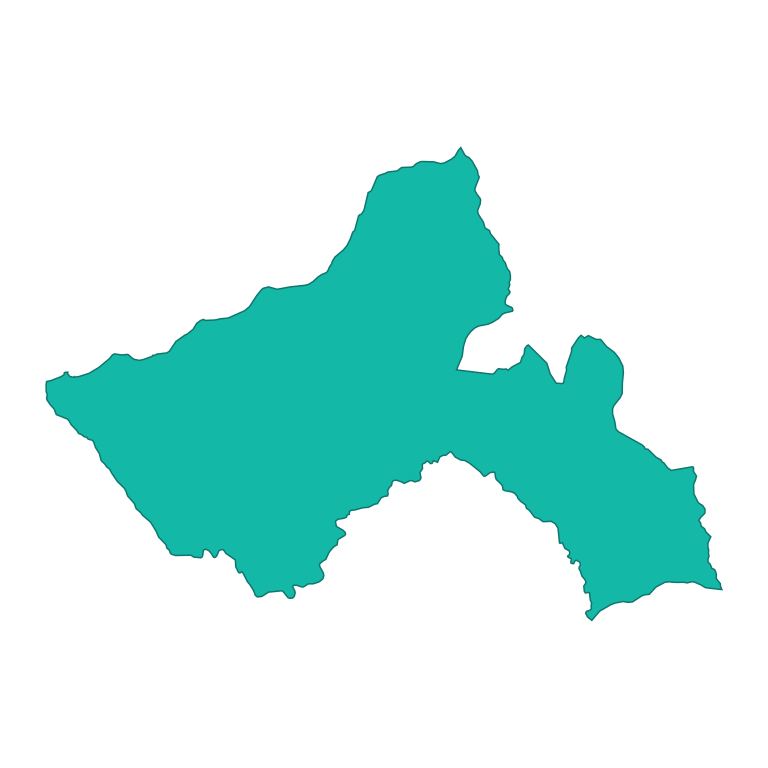 Nitibe, Ambeno, East Timor
{"feature_id": "22284137B96760248350473", "entity_name": "Nitibe", "entity_type": "district", "adm_level": 2, "iso_a3": "TLS", "parent_name": "East Timor", "parent_adm1": "Ambeno", "projection": "albers", "projection_center": [124.176, -9.337], "detail": "fine", "context": "isolated", "style": "filled", "palette": "teal", "viewbox_px": 768, "rotation_deg": 0, "n_neighbors": 0, "source": "geoboundaries", "source_scale": "gbopen_adm2", "svg_char_len": 6094}
<svg xmlns="http://www.w3.org/2000/svg" viewBox="0 0 768 768"><path d="M667.7,468.0L663.8,462.8L662.1,462.0L661.3,460.2L656.2,457.3L647.9,449.2L645.3,449.1L644.3,447.0L642.4,445.1L618.4,431.7L615.9,428.9L614.9,422.0L612.6,413.9L612.6,408.9L613.7,405.9L620.1,397.7L622.2,393.5L622.4,382.8L623.4,372.7L622.8,366.1L618.9,358.2L615.4,353.7L614.1,352.2L606.6,346.6L600.6,339.4L596.0,339.4L588.4,335.6L584.4,338.0L581.1,335.3L578.4,337.9L571.7,348.0L571.5,351.7L566.2,367.4L566.6,370.3L564.4,377.8L563.8,382.0L563.4,383.0L561.8,383.6L556.1,383.1L550.2,373.9L546.8,363.2L528.4,345.0L526.9,345.7L524.7,348.8L524.1,354.4L522.0,357.3L520.5,362.4L512.1,366.9L508.1,370.2L506.3,369.0L503.1,369.3L498.7,368.7L497.5,369.3L494.1,373.4L492.3,374.2L456.5,369.9L462.2,356.2L463.5,346.3L465.7,338.9L468.3,334.6L470.9,331.4L474.7,328.0L478.7,326.0L488.1,324.2L492.6,322.2L498.7,318.4L502.2,314.3L505.1,312.9L512.4,311.2L512.9,310.3L512.4,308.2L511.7,307.4L506.9,305.4L505.3,303.8L505.1,302.5L505.6,299.3L506.8,296.2L509.6,293.4L510.0,291.7L508.2,289.1L509.8,284.9L509.1,282.4L510.4,279.6L510.4,275.3L509.6,271.5L507.3,268.7L505.1,262.5L503.1,260.1L502.3,257.5L499.4,254.4L498.7,248.0L499.0,244.3L490.6,233.9L489.4,230.5L485.1,228.1L483.4,222.2L478.4,214.3L477.8,212.3L477.6,210.5L480.2,203.8L480.6,200.0L480.1,198.4L476.8,194.1L474.8,190.3L475.2,187.7L479.3,177.1L478.0,174.6L477.5,170.8L472.2,161.2L468.9,157.5L466.5,156.5L464.8,155.0L460.8,147.6L458.5,150.1L455.0,156.4L451.2,159.3L444.3,163.0L440.4,163.6L433.6,161.8L421.9,161.5L419.9,161.9L416.2,163.7L413.4,166.4L411.7,167.1L401.6,167.5L397.1,170.9L387.5,172.1L385.9,173.1L379.0,175.5L377.2,176.9L371.7,189.9L370.7,191.3L368.2,192.5L364.0,210.2L361.5,214.1L359.5,214.9L358.6,215.9L354.6,230.5L352.7,232.2L350.4,238.8L347.0,245.6L343.5,249.8L334.9,257.1L332.3,261.4L331.7,263.6L329.4,267.2L327.8,270.9L326.4,272.6L321.6,274.6L318.2,276.9L313.0,281.6L308.7,284.3L305.0,285.3L290.2,286.9L277.1,289.3L268.6,286.9L263.2,288.3L261.4,289.8L256.8,295.5L249.4,306.8L244.5,310.8L228.0,318.1L221.0,318.7L215.0,320.0L206.2,320.4L204.5,320.2L203.6,319.4L200.5,320.5L196.7,323.4L193.1,329.3L187.1,334.2L185.2,334.9L175.9,341.5L169.5,351.1L166.9,352.9L156.6,354.1L155.0,355.3L152.8,355.3L152.2,356.3L143.1,359.6L139.3,360.4L134.4,359.4L132.0,358.0L128.2,354.6L125.9,354.4L125.2,355.1L123.6,354.6L122.0,355.0L114.5,353.9L112.4,354.9L109.6,358.5L98.8,367.5L89.1,373.3L78.8,376.6L75.0,377.1L74.4,376.5L73.5,377.3L69.7,376.4L67.2,373.1L67.8,372.3L65.4,372.2L64.2,372.9L64.3,374.1L63.8,374.9L61.2,376.6L50.9,380.6L46.6,381.5L46.1,384.8L46.2,391.5L47.3,394.9L46.6,397.9L46.9,399.7L50.0,404.4L54.2,409.1L56.3,414.6L67.3,419.0L68.9,420.6L71.1,424.6L76.8,430.5L78.6,433.5L81.6,434.6L84.3,436.8L86.5,437.2L88.2,439.2L91.9,440.1L92.9,441.0L93.8,442.3L95.5,447.5L99.3,453.5L101.2,460.6L104.8,464.1L106.7,466.9L109.6,469.1L111.9,473.4L117.4,481.5L124.4,488.3L126.2,491.7L127.6,495.9L134.3,503.5L136.1,508.6L140.7,512.6L142.5,515.2L150.6,522.2L156.0,531.0L158.7,537.1L166.0,544.7L167.0,548.3L169.0,549.8L170.6,553.6L172.1,554.5L175.8,555.5L190.9,555.2L193.8,557.1L200.9,557.8L201.9,557.2L202.6,555.8L203.5,550.0L205.8,549.2L208.9,550.7L211.4,553.6L213.5,557.1L214.8,557.5L216.1,556.7L217.0,555.3L219.0,550.6L221.4,549.6L223.5,549.9L226.0,553.5L234.9,559.6L235.4,560.8L235.8,566.9L238.5,572.4L239.9,573.0L241.9,571.8L242.7,572.5L247.5,581.8L250.0,584.8L253.7,590.8L255.3,595.3L257.5,597.0L261.9,596.4L268.7,592.1L281.6,590.8L282.9,591.3L288.1,597.7L289.7,598.3L292.5,598.1L294.3,596.4L295.2,592.7L294.6,590.3L292.8,587.2L292.9,586.0L293.7,585.2L296.5,585.2L301.5,586.9L303.6,586.9L308.2,583.9L313.2,583.8L318.5,582.1L320.2,581.1L322.9,578.8L323.8,575.8L323.4,573.1L319.7,566.4L319.6,563.9L322.5,561.3L325.9,559.3L328.6,553.2L330.3,550.6L333.9,546.7L337.2,544.7L337.7,540.6L338.3,539.3L344.7,535.5L345.6,534.2L345.2,532.4L343.1,530.3L336.5,526.5L335.5,522.1L336.0,520.6L338.3,519.2L343.8,518.3L346.3,517.3L347.2,515.0L349.4,514.2L349.4,511.5L351.2,510.3L355.1,509.9L362.6,507.8L368.5,507.3L374.4,504.3L377.5,503.6L381.1,497.8L384.3,496.4L387.6,495.9L388.1,494.1L387.7,490.5L389.5,487.2L391.5,485.5L392.2,482.0L393.2,480.8L394.6,480.2L397.2,480.4L401.8,482.0L404.1,483.4L410.0,480.7L412.2,480.6L414.8,481.9L419.0,480.7L420.3,479.6L421.0,477.8L419.9,472.4L422.5,468.8L422.3,464.6L423.0,463.7L425.0,462.9L426.9,461.1L428.2,461.5L430.7,463.7L432.4,463.0L433.5,460.6L437.5,462.3L439.8,457.1L442.5,455.5L446.1,455.1L450.4,451.5L452.2,453.0L455.3,457.1L460.6,460.0L464.8,460.5L469.7,463.3L480.1,471.7L483.8,476.2L485.3,476.1L490.3,472.5L494.3,472.1L495.1,473.4L495.4,476.9L496.3,479.5L501.3,484.3L502.5,486.2L503.1,489.8L505.1,490.7L511.2,491.8L514.5,493.1L517.2,496.3L518.0,498.5L520.4,501.1L525.6,505.0L526.4,508.2L529.4,510.4L534.6,517.2L539.0,518.6L542.5,521.4L543.9,521.7L551.2,521.3L555.1,523.6L558.0,528.0L559.5,543.0L560.3,543.3L561.8,542.7L562.5,543.1L565.0,548.5L569.0,550.7L569.7,552.2L569.6,553.7L568.9,555.3L567.8,555.9L567.7,556.4L568.1,557.2L571.1,558.6L571.4,559.5L570.8,561.7L571.2,563.3L573.7,563.7L574.9,561.0L576.3,560.3L579.2,561.7L580.2,563.3L580.3,565.4L579.1,567.3L579.0,568.7L580.6,571.6L581.8,575.9L584.8,579.5L585.9,581.7L585.5,583.6L583.8,586.0L584.3,591.3L585.4,593.0L588.2,592.5L589.5,592.8L590.3,600.2L591.6,602.9L591.1,606.0L591.4,608.7L590.2,610.1L586.4,611.4L585.7,613.3L587.6,617.0L591.8,620.4L599.7,611.1L610.8,604.7L615.0,603.1L623.1,601.5L628.1,602.4L632.5,601.9L642.2,595.6L645.2,594.7L649.2,594.4L655.9,587.1L664.8,582.3L669.0,581.8L675.9,582.4L684.0,582.3L687.0,582.9L692.5,581.7L694.7,582.2L700.9,584.9L705.5,587.7L721.9,589.6L720.5,586.2L720.3,583.6L716.6,579.1L716.2,577.7L716.4,574.7L715.6,571.6L714.5,569.5L711.9,568.4L710.3,564.4L708.0,561.8L708.0,559.2L709.0,556.1L708.4,553.1L708.7,549.9L707.9,547.1L707.9,544.1L708.1,542.5L710.8,536.8L706.1,532.1L704.5,528.7L701.1,526.1L700.7,523.3L698.9,520.3L700.7,517.4L704.9,513.2L705.0,509.1L702.6,505.5L699.0,503.3L697.8,501.8L693.9,493.9L693.6,484.2L695.3,480.5L696.5,476.1L693.5,471.4L693.6,468.1L692.9,466.8L691.7,466.9L671.3,470.4L667.7,468.0Z" fill="#14b8a6" stroke="#0f766e" stroke-width="1.5"/></svg>